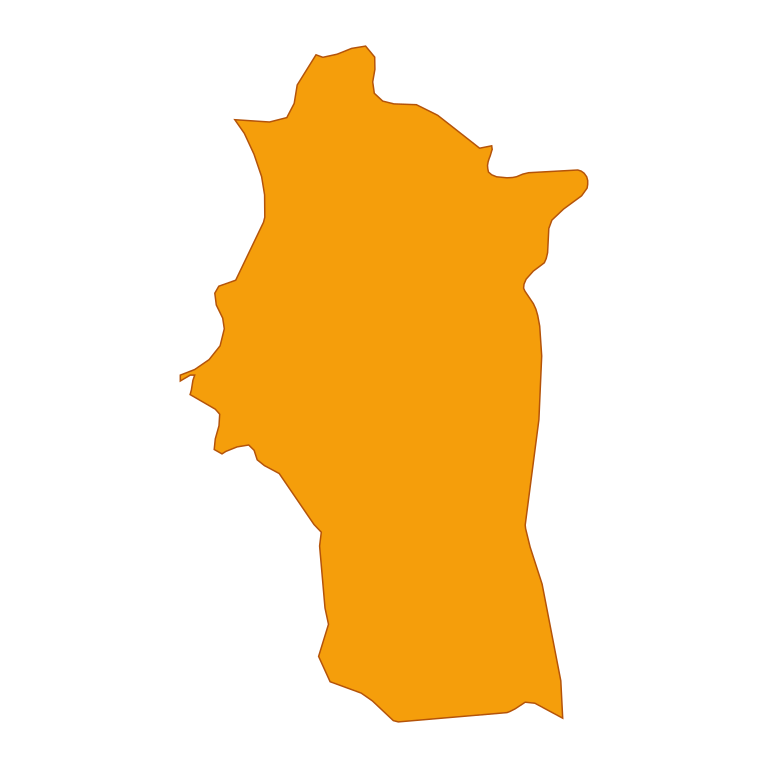 SVG path tracing the border of Lattakia
{"feature_id": "SYR-134", "entity_name": "Lattakia", "entity_type": "Province", "adm_level": 1, "iso_a3": "SYR", "parent_name": "Syria", "parent_adm1": "", "projection": "equal_earth", "projection_center": [36.019, 35.573], "detail": "fine", "context": "isolated", "style": "filled", "palette": "amber", "viewbox_px": 768, "rotation_deg": 0, "n_neighbors": 0, "source": "natural_earth", "source_scale": "10m", "svg_char_len": 1550}
<svg xmlns="http://www.w3.org/2000/svg" viewBox="0 0 768 768"><path d="M479.6,148.2L491.7,145.8L492.2,149.5L491.8,150.5L490.2,155.9L489.2,158.4L488.1,161.9L487.5,165.5L487.8,168.9L488.5,172.1L491.7,174.8L496.6,176.8L507.0,177.8L512.6,177.5L516.6,176.7L522.8,174.1L528.7,172.7L577.8,170.0L581.2,171.1L584.1,173.2L586.7,176.8L587.7,180.5L587.7,184.4L587.1,188.1L581.6,195.8L563.5,209.1L551.9,220.1L548.8,228.5L547.6,252.7L546.2,258.6L544.3,262.8L533.3,271.1L526.1,279.2L524.0,284.2L523.6,288.2L524.9,291.1L533.4,303.7L535.9,309.2L537.7,315.4L539.7,326.1L541.7,356.0L538.9,419.7L525.2,525.1L525.6,528.6L530.1,547.0L542.1,584.1L560.8,680.8L562.7,718.2L534.8,703.2L525.2,702.2L515.2,708.8L509.9,711.5L507.0,712.6L398.3,721.9L393.3,720.6L372.4,700.9L361.2,693.1L330.3,681.8L330.1,681.7L318.6,656.4L328.5,624.3L325.0,608.0L319.6,546.0L321.3,532.2L314.0,524.5L279.2,473.5L264.4,465.6L257.2,459.8L254.1,450.3L248.7,445.0L237.1,446.9L225.9,451.4L222.0,453.9L214.2,449.5L215.3,438.8L219.0,425.7L219.7,414.2L215.3,409.2L190.1,394.6L191.4,389.9L192.9,380.4L194.7,375.1L190.2,375.1L180.3,381.0L180.3,375.1L194.7,369.5L209.1,359.6L220.1,345.8L224.3,328.8L222.7,318.1L216.3,305.0L214.8,293.2L218.8,286.2L235.7,280.2L263.5,222.3L264.8,217.2L264.6,194.9L261.6,176.6L254.0,154.2L244.3,133.3L234.8,119.7L269.5,122.0L286.8,117.6L294.2,103.4L297.2,85.0L316.0,54.8L322.9,57.3L337.1,54.2L351.6,48.4L365.6,46.1L374.7,57.1L374.9,69.4L372.7,81.9L374.3,93.3L382.7,101.1L393.9,103.9L416.4,104.7L437.7,115.3L479.6,148.2Z" fill="#f59e0b" stroke="#b45309" stroke-width="1.5"/></svg>